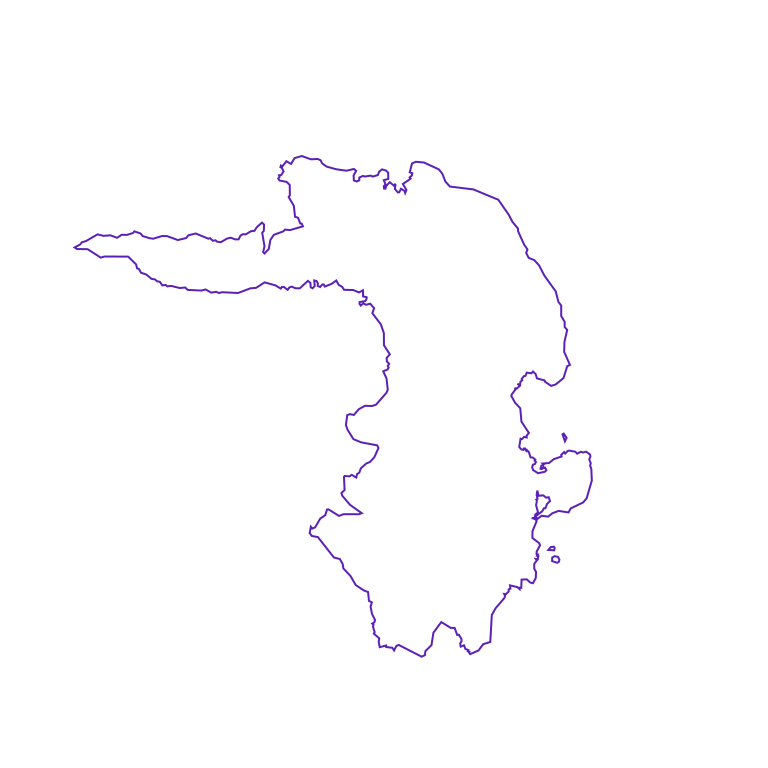 outline of Jeneponto, Sulawesi Selatan, Indonesia, rotated 239°
{"feature_id": "22746128B64050318598962", "entity_name": "Jeneponto", "entity_type": "district", "adm_level": 2, "iso_a3": "IDN", "parent_name": "Indonesia", "parent_adm1": "Sulawesi Selatan", "projection": "mercator", "projection_center": [119.72, -5.545], "detail": "fine", "context": "isolated", "style": "outline", "palette": "violet", "viewbox_px": 768, "rotation_deg": 239, "n_neighbors": 0, "source": "geoboundaries", "source_scale": "gbopen_adm2", "svg_char_len": 6169}
<svg xmlns="http://www.w3.org/2000/svg" viewBox="0 0 768 768"><g transform="rotate(239 384 384)"><path d="M660.4,189.1L657.8,190.4L652.2,199.4L638.2,206.3L637.3,209.9L625.0,230.3L614.2,233.1L610.3,231.9L608.8,233.2L604.6,233.0L600.3,236.6L593.8,238.9L591.6,241.6L589.1,242.3L587.0,244.5L582.7,244.8L581.3,247.9L579.3,248.5L577.8,252.0L571.5,258.3L569.1,263.3L565.8,264.2L558.2,275.5L556.9,279.8L551.3,283.0L549.4,287.7L546.9,289.4L546.2,292.3L537.2,305.7L534.8,318.8L532.3,323.9L532.6,334.0L524.5,341.7L518.9,344.7L519.8,346.6L518.6,348.2L514.4,349.9L515.5,352.8L515.0,355.0L511.5,357.6L509.4,361.2L511.6,371.9L508.6,373.0L504.6,371.0L502.8,372.1L503.7,375.1L508.7,377.5L507.1,379.2L504.5,379.2L502.3,377.7L500.0,379.2L501.1,382.3L500.4,383.6L498.0,383.5L496.8,390.8L497.3,396.4L492.4,396.2L488.8,398.2L485.3,398.3L480.4,406.0L475.4,409.7L475.2,414.2L469.8,411.2L467.4,413.8L466.0,413.0L464.7,410.7L466.8,405.3L465.4,404.3L463.2,404.5L463.8,407.8L461.1,409.5L460.0,413.5L454.1,414.6L450.7,410.5L436.7,412.0L427.7,410.1L417.2,403.9L406.4,404.3L405.0,399.7L401.8,398.1L398.7,398.8L397.4,396.5L395.8,396.5L394.6,394.7L395.3,389.9L387.4,389.0L377.2,384.3L375.2,381.6L370.4,366.6L371.3,362.4L375.1,356.5L375.4,349.5L373.0,342.2L375.7,339.3L376.2,336.4L368.4,330.2L363.4,329.2L352.5,329.4L345.8,334.3L334.9,346.6L332.0,346.3L326.2,338.0L324.4,331.8L325.0,328.1L323.7,320.8L320.7,317.1L320.7,314.6L318.1,312.0L322.7,309.6L322.7,306.7L325.4,302.9L325.1,301.9L313.4,295.6L312.5,291.4L309.7,290.7L298.0,292.6L284.7,298.4L285.4,295.2L293.2,282.4L294.1,277.5L305.1,271.9L305.8,270.6L301.8,266.1L301.5,260.1L296.6,251.1L297.0,248.1L299.3,247.8L294.5,243.5L290.9,243.9L286.8,248.5L261.1,251.7L256.7,256.0L251.1,255.9L246.8,254.2L236.7,256.4L226.3,256.2L217.4,260.4L213.9,263.2L205.8,259.4L203.1,261.1L200.0,257.8L193.1,255.3L186.3,254.8L184.7,253.0L184.7,250.5L183.0,251.0L181.6,249.5L176.1,248.2L175.2,246.7L168.5,248.9L165.6,246.6L160.6,244.8L158.8,251.1L157.4,250.4L153.6,255.3L150.4,255.4L153.0,259.5L152.8,262.2L130.9,275.8L130.5,279.4L133.7,281.9L135.7,290.2L145.4,298.3L150.4,310.5L140.6,315.6L138.5,318.9L131.2,317.5L130.6,319.0L125.7,319.1L123.5,318.0L122.4,315.7L119.4,314.5L118.8,318.0L114.9,317.3L112.5,319.3L111.7,318.2L110.5,319.3L110.0,318.6L108.1,318.7L106.9,327.8L109.9,335.0L108.1,342.2L130.4,357.4L134.3,364.1L138.6,377.1L140.1,378.7L142.2,378.9L141.1,380.4L141.9,384.0L143.8,385.1L143.4,386.9L146.5,388.3L141.2,393.7L138.3,394.6L139.5,395.3L138.6,396.7L145.5,401.2L143.0,405.8L138.5,407.1L136.5,409.1L139.5,414.1L144.5,417.5L148.4,417.7L152.5,420.2L154.1,424.2L155.8,424.0L154.5,425.5L157.0,427.7L157.9,426.7L158.7,428.1L159.4,427.1L161.7,428.5L165.4,434.7L167.5,435.1L175.6,431.9L181.4,435.5L187.8,444.2L190.1,444.2L193.0,441.6L191.6,444.1L194.2,446.5L194.6,449.9L201.7,451.9L205.3,455.0L206.5,455.0L206.5,456.5L210.1,457.6L213.7,460.5L208.5,459.0L206.6,463.1L203.0,464.5L202.1,466.9L198.0,465.9L197.4,462.3L194.4,458.3L195.1,457.0L193.4,454.0L192.5,445.8L189.3,445.8L189.9,451.2L185.8,456.4L186.5,461.7L185.3,468.3L178.9,476.0L181.2,480.1L179.9,493.8L181.7,498.9L194.2,512.4L204.3,517.9L207.9,518.7L209.6,520.4L213.7,521.1L215.4,523.5L217.4,524.3L221.9,522.4L222.7,519.4L224.5,517.9L224.8,513.7L227.4,513.1L231.4,508.6L232.0,507.0L231.1,503.5L232.9,503.3L232.0,499.4L230.4,498.9L232.1,490.9L231.3,484.7L234.1,479.1L232.9,479.5L232.9,476.7L230.7,474.5L229.8,475.5L230.7,478.0L229.6,477.7L229.2,479.0L226.5,478.8L225.9,476.7L228.2,470.1L233.4,467.5L236.3,468.1L238.1,470.1L237.7,472.1L238.9,474.1L240.6,473.6L241.2,474.8L244.4,473.6L245.7,471.8L250.8,473.1L253.7,472.5L253.3,471.5L255.9,471.8L256.7,470.7L255.7,469.6L257.4,467.9L260.4,467.5L266.8,472.9L265.7,474.0L266.5,476.9L264.7,478.8L266.3,479.7L267.4,483.0L280.9,482.4L293.0,488.3L300.5,486.7L308.1,487.0L309.2,488.0L311.8,494.4L313.2,493.7L311.7,495.6L312.2,498.3L312.9,499.2L315.5,498.6L312.9,500.0L315.7,502.1L316.0,504.4L317.4,504.6L318.7,507.9L318.1,509.4L320.2,512.2L317.2,515.9L318.0,518.1L314.5,519.1L310.0,518.0L304.4,523.5L303.3,523.1L296.3,526.3L295.2,530.9L296.6,540.9L304.9,550.2L304.6,553.2L318.8,555.0L327.3,560.5L336.0,568.9L339.8,568.2L344.3,570.9L351.0,570.9L360.0,576.3L364.6,575.8L374.9,578.9L394.3,577.3L405.8,578.0L412.6,576.7L417.6,573.0L423.2,573.4L425.5,576.3L431.4,575.9L445.9,577.6L448.1,578.9L456.9,577.6L464.8,578.1L483.0,576.9L504.7,560.9L519.3,542.2L525.9,540.9L534.3,542.3L539.8,541.5L553.3,532.3L558.1,525.7L558.6,521.6L552.2,515.1L550.1,516.8L548.4,515.3L547.9,512.4L546.3,512.6L545.7,503.2L538.8,503.2L536.8,500.5L539.1,501.0L542.6,499.1L540.5,495.8L541.0,494.6L545.6,493.8L548.8,496.4L549.5,496.2L549.0,494.6L554.0,492.9L552.6,487.8L550.7,485.9L551.5,484.7L553.7,485.8L554.3,488.1L558.8,488.8L557.6,493.3L563.0,496.4L565.9,495.7L569.0,492.8L568.5,489.3L566.3,486.4L567.5,481.3L569.4,480.0L571.8,474.3L573.2,473.2L573.7,469.2L571.3,467.7L571.7,464.9L574.0,463.0L578.5,465.4L581.0,469.9L583.8,469.0L586.1,461.8L592.7,453.6L599.9,446.8L605.0,444.6L608.4,444.9L611.1,443.0L614.2,437.1L621.7,431.0L623.7,423.7L620.5,417.7L625.2,415.1L622.9,409.0L624.4,408.2L623.2,406.9L621.8,407.8L617.9,407.4L616.1,403.5L617.0,401.5L615.3,401.2L614.7,399.2L612.3,399.2L607.4,404.6L603.1,405.7L594.1,400.4L593.4,398.6L583.2,398.5L573.2,393.9L570.7,396.0L564.8,394.9L563.7,396.1L560.9,395.7L564.3,382.8L567.3,378.7L566.7,376.3L568.6,366.4L566.0,360.8L559.1,354.8L557.4,348.8L559.3,348.3L563.6,352.5L576.4,357.5L577.1,359.8L582.4,363.3L585.2,362.5L583.9,355.7L582.0,351.8L583.5,348.8L583.5,342.5L585.1,340.2L585.1,337.4L582.9,333.9L584.6,330.9L588.3,328.0L589.5,324.4L589.6,317.2L592.0,314.2L594.0,313.6L594.9,311.1L598.6,310.0L599.0,308.3L610.0,300.1L612.2,292.9L611.0,289.6L613.6,281.4L622.4,274.3L625.2,269.9L627.4,261.0L629.7,258.2L635.1,253.3L638.5,252.8L643.4,248.6L642.7,246.5L644.2,240.5L647.0,236.0L646.8,230.5L652.4,226.0L655.5,219.8L659.8,215.5L660.0,202.0L661.1,198.1L660.1,195.4L660.4,189.1ZM145.6,436.9L141.5,440.4L141.6,442.5L143.3,444.0L146.3,444.0L148.5,441.6L148.6,438.8L145.6,436.9ZM157.1,445.8L158.3,442.9L157.1,439.4L153.8,444.2L155.5,445.8L157.1,445.8ZM248.9,511.1L241.7,509.6L243.8,512.8L248.9,512.5L248.9,511.1Z" fill="none" stroke="#5b21b6" stroke-width="2"/></g></svg>